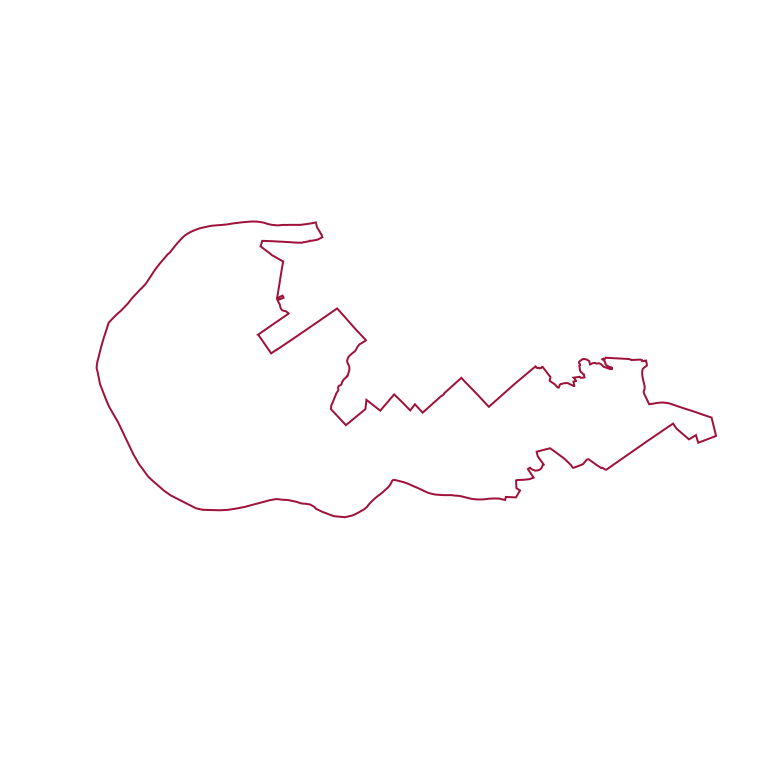 Harsova, Constanta, Romania, rotated 324°
{"feature_id": "2599482B54457444635574", "entity_name": "Harsova", "entity_type": "district", "adm_level": 2, "iso_a3": "ROU", "parent_name": "Romania", "parent_adm1": "Constanta", "projection": "albers", "projection_center": [27.999, 44.706], "detail": "fine", "context": "isolated", "style": "outline", "palette": "rose", "viewbox_px": 768, "rotation_deg": 324, "n_neighbors": 0, "source": "geoboundaries", "source_scale": "gbopen_adm2", "svg_char_len": 6058}
<svg xmlns="http://www.w3.org/2000/svg" viewBox="0 0 768 768"><g transform="rotate(324 384 384)"><path d="M281.3,471.8L284.5,472.5L287.7,473.0L290.0,473.2L294.0,473.7L295.7,473.6L298.2,473.4L299.1,473.1L300.2,472.7L304.6,471.8L310.2,471.1L317.3,470.9L319.8,470.8L323.8,470.3L325.5,470.2L328.6,469.6L330.3,468.9L333.8,467.1L334.5,467.0L335.5,467.4L336.9,468.6L342.6,475.5L344.3,478.0L346.3,481.3L347.5,483.5L350.1,487.8L354.1,495.1L355.6,497.7L357.6,500.4L360.2,503.3L363.5,506.1L366.1,508.3L370.5,511.6L372.6,513.0L375.7,515.9L378.5,518.2L380.3,520.0L385.0,525.7L388.1,529.2L392.7,533.1L396.8,535.9L401.2,538.3L405.9,541.4L409.7,544.3L413.8,549.0L416.2,547.0L424.1,553.3L431.5,550.1L429.9,546.1L434.2,539.6L434.4,539.6L435.8,540.3L440.4,543.4L442.6,544.7L445.8,546.5L450.0,547.7L450.4,537.4L452.6,537.5L452.9,537.5L453.0,538.1L453.3,539.6L453.7,540.3L454.6,541.6L455.4,543.0L456.3,543.5L457.1,544.0L458.3,544.5L459.3,544.8L460.6,544.8L461.8,544.6L462.8,544.2L464.6,542.9L464.9,542.9L465.1,543.2L465.4,543.3L465.9,543.2L465.8,534.9L465.9,532.8L467.7,528.5L480.6,533.6L482.3,538.6L485.8,549.7L486.1,551.0L486.6,553.5L487.2,557.1L487.5,559.0L487.6,559.7L487.5,561.8L487.6,562.4L487.7,562.8L487.9,563.1L488.2,563.3L497.3,565.7L498.1,565.8L503.2,564.4L504.0,564.4L504.7,564.7L505.1,565.0L505.5,565.6L505.8,566.7L508.4,574.4L510.2,579.3L510.3,579.6L510.9,579.6L511.3,580.0L511.9,581.1L512.2,582.0L512.7,583.1L513.2,583.8L513.4,584.0L565.0,585.0L594.6,585.9L594.5,589.1L594.5,592.4L598.2,608.1L606.3,608.7L603.7,616.2L622.1,621.2L629.1,604.1L629.3,603.7L626.6,600.0L617.0,586.3L611.1,578.3L604.3,568.6L603.0,566.9L601.7,565.6L600.1,564.1L599.0,563.1L596.8,561.6L594.6,560.3L592.9,559.4L589.3,557.7L586.6,556.2L586.7,555.9L587.9,549.7L588.6,545.5L588.9,544.3L589.3,543.2L589.5,542.9L590.0,542.4L590.9,541.9L591.8,541.3L592.2,540.8L592.8,540.1L593.4,539.2L593.9,538.2L596.2,532.6L597.6,529.7L598.3,528.5L598.9,527.4L599.6,526.5L600.6,525.3L601.6,524.3L602.0,524.0L602.9,523.8L604.0,523.6L606.8,523.7L607.5,523.5L607.8,523.3L609.0,520.9L609.7,519.2L609.0,519.1L608.7,518.9L608.7,518.4L607.2,517.9L606.2,517.2L606.7,516.3L606.2,515.4L604.5,514.1L598.3,510.1L598.3,509.8L596.8,507.7L578.8,493.1L577.9,493.5L576.4,493.3L576.5,492.5L575.2,492.3L576.0,495.3L574.8,498.5L575.0,500.0L575.6,500.6L575.6,501.3L577.3,503.9L577.8,504.2L578.0,504.6L578.0,505.0L577.2,505.9L576.0,505.2L571.8,499.1L571.2,495.5L570.6,494.2L569.8,493.4L568.1,492.5L567.3,491.1L564.5,489.6L563.3,489.7L562.2,489.2L563.5,486.2L562.4,483.4L560.8,481.5L559.2,480.6L555.6,480.6L554.7,480.9L554.1,481.8L554.1,483.4L553.8,484.0L552.8,484.0L550.6,488.3L550.2,489.8L550.8,491.3L550.9,493.6L551.3,493.8L550.1,496.5L547.0,494.9L546.5,493.2L541.1,490.3L541.3,491.4L541.3,493.8L541.0,494.4L538.7,493.4L537.0,497.0L536.8,497.5L536.6,497.5L536.2,497.0L535.4,495.4L534.8,494.4L534.1,493.2L533.6,492.0L532.6,490.7L530.5,489.5L530.0,489.1L528.1,488.5L526.9,487.9L526.3,487.9L525.8,488.0L525.4,488.2L524.5,488.9L523.2,489.6L522.7,489.2L522.5,488.8L521.9,484.3L520.3,480.1L519.9,478.8L520.2,478.3L522.2,476.8L522.7,476.3L522.8,475.8L522.6,474.0L522.4,463.4L521.7,463.0L520.4,463.4L519.1,462.7L519.1,462.2L518.7,461.9L517.7,461.5L517.0,460.5L517.0,458.8L488.9,460.8L455.4,464.1L453.4,447.6L450.9,430.3L450.2,424.5L427.2,426.9L427.0,427.2L426.1,427.6L422.9,427.4L398.4,429.9L397.1,418.6L389.7,420.8L388.1,409.8L386.1,398.4L365.3,403.4L360.5,386.5L354.2,393.4L339.0,394.3L329.0,394.9L326.8,377.1L326.7,377.0L326.4,373.4L326.3,372.9L327.7,371.7L328.5,370.6L328.9,370.2L330.7,369.3L335.4,366.4L337.4,365.2L340.0,363.5L342.2,362.7L343.4,362.1L343.8,361.8L344.3,360.8L344.8,359.8L345.3,359.4L345.9,359.1L346.6,359.1L348.7,359.4L349.3,359.3L349.6,359.1L350.1,358.7L351.3,357.8L354.0,356.7L354.8,356.5L356.4,356.5L358.8,355.8L359.0,356.2L364.3,352.3L365.7,350.2L366.3,349.1L366.6,347.7L366.7,346.6L367.1,344.8L367.5,344.0L368.0,343.3L370.5,341.5L372.5,340.9L377.6,340.4L378.9,340.5L379.6,340.4L380.8,340.0L382.0,339.6L384.0,338.5L385.4,338.0L386.0,338.0L386.5,337.7L387.1,337.5L392.4,338.0L395.0,338.1L395.1,337.6L393.0,321.2L391.6,306.0L390.5,295.3L379.2,295.1L341.2,294.1L317.4,293.3L317.5,293.1L310.7,292.9L311.3,270.4L311.1,270.1L330.8,270.5L348.2,271.0L348.4,270.9L347.4,267.6L347.2,267.3L345.0,264.7L344.9,263.1L345.1,261.9L345.4,260.7L346.3,258.7L346.6,257.6L346.6,256.6L347.3,252.9L348.0,252.6L349.1,252.6L349.1,252.8L348.8,254.0L353.4,255.2L353.9,252.9L350.7,252.2L349.1,252.5L348.3,252.4L347.8,252.5L347.5,252.8L347.4,252.6L347.6,252.0L349.7,250.0L357.4,242.4L369.2,230.6L374.5,225.6L373.8,224.3L370.9,217.8L369.0,213.8L368.5,211.4L365.0,200.1L368.2,197.8L369.6,196.6L377.4,202.7L389.0,212.1L395.8,217.8L399.9,220.9L400.6,221.4L402.0,221.9L404.3,223.1L408.0,224.7L408.3,224.6L408.4,224.9L411.9,226.7L414.9,228.1L420.4,229.0L421.2,226.6L421.1,226.1L421.5,223.6L421.9,218.0L423.8,213.2L421.2,212.1L415.9,209.4L410.6,206.5L409.6,205.9L409.2,205.6L396.3,196.3L395.8,195.9L392.0,193.7L390.6,192.7L386.5,189.0L384.1,186.3L381.7,182.9L378.9,180.1L377.8,179.0L375.8,177.2L372.1,174.5L369.9,173.2L366.5,171.1L366.4,171.0L357.8,166.2L352.6,163.5L351.0,162.8L350.4,162.4L343.8,158.5L343.1,158.0L337.3,154.5L330.4,151.4L325.6,149.4L323.4,148.9L323.2,148.8L319.3,147.8L316.0,147.2L313.4,146.9L310.2,146.8L306.6,147.2L300.6,148.4L297.1,149.2L292.3,150.6L291.6,150.7L288.5,151.7L286.2,152.0L285.3,151.9L283.7,152.3L273.8,154.7L270.1,155.7L265.0,157.3L260.0,159.2L250.2,162.9L245.6,163.8L241.3,164.4L239.3,164.8L238.1,165.1L234.5,165.7L230.2,166.6L223.9,168.4L214.2,170.1L208.0,170.7L203.6,171.4L197.2,172.6L192.0,176.5L184.2,182.1L175.3,189.1L166.9,196.2L165.4,197.3L163.7,199.0L161.9,200.9L160.7,202.5L159.7,205.2L154.2,217.2L149.8,233.8L148.3,240.5L146.3,259.0L139.9,293.7L138.7,304.7L138.8,320.3L139.7,325.2L143.4,341.3L145.9,348.6L158.8,374.0L163.4,379.2L176.6,389.4L183.6,394.0L192.0,398.3L199.2,401.6L223.6,411.0L229.3,413.8L234.0,418.1L238.1,421.4L243.8,427.7L246.8,431.9L250.2,434.9L253.5,438.1L255.4,442.4L255.7,445.1L259.1,451.4L265.7,461.4L274.2,468.9L281.3,471.8Z" fill="none" stroke="#9f1239" stroke-width="2"/></g></svg>